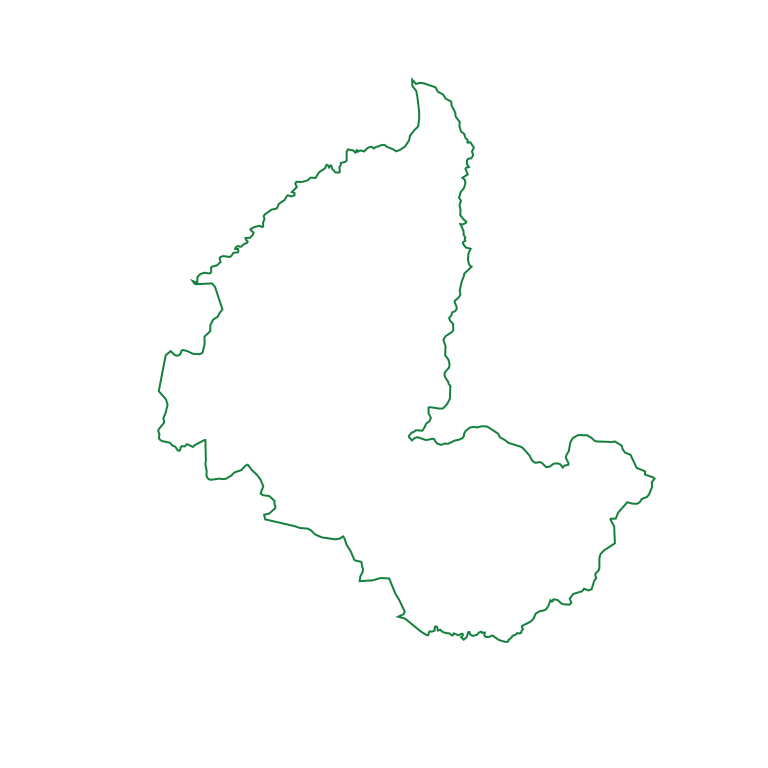 outline of Mocuba, Zambezia, Mozambique, rotated 73°
{"feature_id": "85939544B358257057392", "entity_name": "Mocuba", "entity_type": "district", "adm_level": 2, "iso_a3": "MOZ", "parent_name": "Mozambique", "parent_adm1": "Zambezia", "projection": "orthographic", "projection_center": [36.843, -16.852], "detail": "fine", "context": "isolated", "style": "outline", "palette": "green", "viewbox_px": 768, "rotation_deg": 73, "n_neighbors": 0, "source": "geoboundaries", "source_scale": "gbopen_adm2", "svg_char_len": 6165}
<svg xmlns="http://www.w3.org/2000/svg" viewBox="0 0 768 768"><g transform="rotate(73 384 384)"><path d="M229.7,536.8L232.5,535.9L233.7,534.3L237.5,519.1L241.8,517.2L265.5,516.7L267.9,520.3L271.0,523.3L272.5,528.5L276.8,532.8L282.7,534.7L286.2,541.8L293.4,543.9L301.1,548.5L301.6,551.6L299.3,557.8L294.5,563.1L292.6,566.8L293.1,568.0L295.9,570.1L296.5,572.4L296.3,574.1L295.2,575.6L290.2,578.4L292.6,584.3L325.0,601.5L334.9,597.0L340.6,597.0L347.7,601.3L352.3,605.1L355.6,605.1L356.8,605.8L361.6,612.9L362.8,613.6L366.6,613.5L370.0,615.1L371.8,614.5L373.6,613.0L377.6,605.9L380.9,604.4L383.1,601.8L386.8,600.8L387.9,599.9L387.7,598.4L385.0,596.8L384.3,595.4L385.5,592.8L384.0,590.4L384.2,589.5L388.3,585.2L387.1,582.6L385.1,572.4L385.4,571.2L404.7,576.6L408.6,578.3L415.3,579.0L419.4,580.5L421.9,580.4L423.8,579.5L425.0,577.6L426.3,569.4L428.1,565.1L428.4,562.6L426.9,556.7L424.9,553.1L424.6,545.5L421.6,540.4L421.3,537.9L427.7,535.5L433.9,531.9L439.7,530.0L446.6,529.3L452.5,534.0L453.1,533.8L455.0,532.2L457.6,526.5L463.7,522.9L467.0,523.9L469.4,523.6L471.0,524.4L474.3,531.6L474.0,536.9L478.7,537.2L494.0,510.8L497.1,506.5L499.9,499.4L502.2,496.9L508.0,493.7L512.6,488.1L518.4,475.8L518.9,471.6L517.8,467.7L520.0,466.9L526.9,466.8L534.5,464.7L543.2,463.9L544.3,463.2L547.4,457.8L548.4,457.7L552.5,458.4L554.6,458.1L557.5,459.4L561.1,462.9L565.4,464.9L568.4,452.6L568.6,443.9L571.5,435.9L588.1,434.4L594.4,432.7L607.8,430.7L609.9,432.6L610.7,438.4L614.7,432.3L630.8,421.6L636.6,416.7L637.1,415.3L633.9,412.9L634.8,410.6L634.6,407.6L631.5,406.7L630.8,405.6L631.6,404.4L635.6,404.5L635.5,401.9L637.9,400.8L640.3,397.5L641.6,394.4L644.4,392.5L644.4,391.7L642.9,390.1L646.1,386.3L645.5,383.1L645.9,381.9L647.6,382.1L648.7,384.3L651.8,382.5L650.1,378.8L645.9,375.9L646.2,374.8L649.0,374.7L650.9,372.6L651.1,368.6L649.4,365.8L649.4,363.1L650.6,363.1L651.3,360.2L653.5,361.6L655.5,360.8L656.7,357.2L656.1,354.8L656.4,353.6L662.2,349.2L665.5,344.4L666.7,341.4L666.3,340.2L665.1,339.8L664.0,336.5L662.5,334.9L662.1,331.0L661.1,329.5L662.2,327.2L662.0,325.5L660.0,324.4L659.0,322.7L656.6,323.3L655.7,322.7L654.1,313.2L652.1,309.5L647.9,306.0L646.8,301.5L647.3,296.4L646.7,294.6L644.4,291.8L639.5,288.0L641.1,287.1L641.1,286.2L639.7,285.4L639.5,284.6L641.4,281.1L645.4,278.8L647.1,276.8L649.3,271.1L647.9,268.8L643.5,269.2L640.1,264.3L640.1,255.1L638.3,252.6L641.2,248.8L641.0,245.5L633.4,240.3L631.6,237.8L628.9,237.9L627.1,237.2L625.1,233.4L623.3,232.0L613.5,228.9L609.9,226.7L607.3,221.9L603.9,209.8L587.4,205.5L580.3,207.0L579.1,206.7L580.5,201.8L575.5,197.7L568.2,185.9L571.0,181.5L572.5,177.2L571.9,174.2L569.3,171.0L568.9,165.4L566.8,162.6L560.8,157.7L556.2,156.6L553.6,152.9L551.8,154.1L546.9,160.9L543.8,159.9L538.1,166.9L523.7,169.0L520.1,173.5L516.3,174.9L512.4,174.7L506.5,180.0L506.0,183.3L500.9,198.0L499.4,199.6L496.0,201.4L492.3,204.9L489.6,213.5L490.9,219.2L494.2,222.8L502.4,227.0L505.2,230.3L507.5,231.7L513.8,230.7L515.2,231.4L514.8,235.2L516.1,237.5L512.4,238.8L510.9,240.8L510.0,243.7L510.0,245.7L511.4,249.3L511.0,253.2L505.4,256.2L504.1,258.2L503.8,261.8L503.0,263.0L500.4,264.7L494.8,265.8L485.7,270.0L483.8,271.8L476.7,282.2L473.4,284.4L469.0,288.6L464.7,289.5L454.8,297.8L453.1,302.4L452.7,308.0L451.1,311.2L450.8,314.5L452.8,319.7L454.9,321.9L457.3,322.9L458.7,324.8L459.2,328.7L458.8,333.1L459.9,340.1L458.7,343.2L459.0,346.8L456.9,350.2L453.4,351.9L451.9,351.9L450.7,353.0L449.9,360.3L444.7,367.4L444.6,370.4L446.1,373.7L442.2,375.6L440.7,375.1L438.5,371.6L438.5,369.2L437.5,367.2L439.8,361.1L437.6,358.2L434.2,355.2L432.8,351.3L430.1,349.1L424.9,349.9L419.6,348.3L419.8,346.3L423.9,337.8L424.6,334.7L421.7,329.6L417.5,325.4L405.2,321.1L402.8,322.2L400.5,322.0L395.3,323.6L392.5,323.5L390.1,321.7L387.4,317.0L384.2,315.5L379.4,315.3L374.4,317.1L365.9,314.1L359.2,314.3L356.3,311.2L354.2,304.0L352.7,302.0L346.7,300.4L342.9,302.2L340.0,302.5L337.9,299.4L335.5,298.0L335.2,294.9L333.9,292.9L331.8,292.0L326.7,292.5L325.1,292.0L323.3,287.5L320.9,284.8L316.9,284.3L309.1,280.0L303.7,275.7L301.9,275.0L297.5,266.0L295.9,267.2L293.9,267.7L289.7,267.4L283.9,265.1L280.0,261.6L277.5,265.8L272.7,267.6L271.5,266.9L270.7,264.3L268.8,264.4L267.5,263.4L264.8,264.2L260.8,263.2L253.4,264.2L254.4,262.2L253.9,258.6L252.9,257.8L249.1,260.2L244.7,261.7L240.3,260.0L234.9,259.5L231.3,256.8L227.6,257.9L225.5,256.0L223.2,254.9L219.9,250.2L215.7,247.4L212.3,247.0L209.7,248.8L208.1,242.6L202.0,243.2L201.2,242.2L201.3,239.4L198.0,240.4L194.8,239.5L193.2,238.0L193.7,234.5L191.8,232.3L190.7,231.8L187.3,231.9L184.2,228.9L178.5,230.6L177.8,231.2L178.0,232.7L177.4,233.6L175.2,232.7L172.7,234.1L168.2,234.2L165.2,236.5L159.3,236.5L155.6,235.0L149.2,237.3L145.3,236.5L137.8,237.9L133.5,237.2L129.1,241.6L124.6,242.8L120.2,247.0L115.2,248.1L107.9,258.3L106.5,261.8L106.4,265.6L101.3,268.1L107.3,269.8L113.0,267.5L118.9,268.1L133.4,270.7L140.5,272.7L147.8,276.2L150.1,280.8L154.3,286.6L158.3,288.7L163.0,294.4L164.8,300.1L165.1,304.3L161.9,307.0L158.0,311.9L155.4,313.7L154.7,317.4L155.2,319.4L154.9,322.2L155.8,325.0L153.6,326.3L153.2,328.7L153.7,331.2L155.8,335.0L153.8,338.0L154.2,341.3L153.0,341.0L152.4,341.7L154.3,343.8L151.8,345.0L149.1,349.8L151.1,351.9L159.5,354.4L160.3,356.5L159.9,360.6L161.6,361.1L163.9,363.4L167.4,363.9L168.7,364.8L167.5,368.5L163.1,370.6L159.7,370.6L159.4,371.5L160.9,373.2L158.7,373.6L157.6,374.9L160.6,377.6L162.6,384.3L166.9,389.2L165.2,393.9L166.9,397.4L166.8,403.4L165.0,408.7L166.5,410.3L170.2,409.8L173.5,416.0L175.3,413.7L177.4,414.4L177.5,418.0L175.6,420.4L175.5,421.6L179.0,425.3L180.9,431.7L184.8,435.3L184.4,440.5L187.0,448.5L188.3,450.0L191.3,450.0L194.4,452.6L198.2,453.5L198.1,454.9L196.3,456.7L196.0,462.2L196.9,466.5L197.9,466.5L201.0,464.5L202.6,465.4L205.0,469.1L203.9,473.7L205.4,473.9L208.1,472.7L208.9,473.7L209.4,477.4L210.9,480.4L210.4,482.1L209.4,482.9L209.7,485.5L211.4,486.9L212.2,484.2L214.3,484.3L215.4,485.2L214.5,489.6L216.8,492.4L217.5,494.2L214.7,500.2L214.7,503.4L216.0,504.5L219.5,504.6L221.7,509.0L221.5,514.5L222.1,515.3L226.4,516.5L227.2,517.8L227.1,519.2L225.0,523.2L225.2,527.1L225.7,528.9L227.5,531.3L232.2,532.8L231.9,534.2L229.7,536.8Z" fill="none" stroke="#15803d" stroke-width="2"/></g></svg>